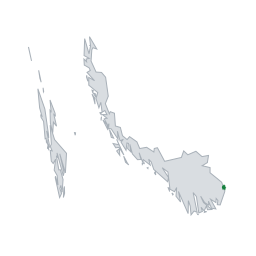 location of Mandal nor, Vest-Agder, Norway, rotated 259°
{"feature_id": "86288312B66644758166065", "entity_name": "Mandal nor", "entity_type": "district", "adm_level": 2, "iso_a3": "NOR", "parent_name": "Norway", "parent_adm1": "Vest-Agder", "projection": "equal_earth", "projection_center": [7.487, 58.066], "detail": "fine", "context": "in_parent", "style": "filled", "palette": "green", "viewbox_px": 256, "rotation_deg": 259, "n_neighbors": 0, "source": "geoboundaries", "source_scale": "gbopen_adm2", "svg_char_len": 4900}
<svg xmlns="http://www.w3.org/2000/svg" viewBox="0 0 256 256"><g transform="rotate(259 128 128)"><path d="M156.2,110.4L145.5,112.4L147.4,113.7L145.1,117.5L132.4,116.0L130.0,120.6L121.5,121.1L116.8,124.9L119.2,127.9L112.7,134.1L105.6,135.6L105.5,142.6L99.5,148.8L102.9,149.9L103.0,153.1L88.3,157.6L88.9,174.8L94.9,178.3L90.3,181.6L92.2,190.2L85.8,195.2L85.7,201.8L78.9,199.3L76.8,193.6L73.5,201.0L68.4,200.0L56.9,209.6L47.2,210.9L34.9,203.8L35.7,201.0L39.7,202.4L42.0,201.1L38.0,200.1L42.3,195.5L31.8,198.8L33.3,194.7L40.8,193.0L36.8,192.6L40.2,189.0L47.2,186.3L40.4,187.9L32.0,194.8L32.6,190.4L36.5,190.1L32.1,186.9L36.3,184.6L31.9,185.1L31.1,181.3L47.6,182.1L52.2,179.6L32.0,179.8L33.9,177.0L30.7,173.3L39.4,174.2L45.2,173.4L32.5,170.7L56.1,165.4L45.3,165.5L51.9,162.1L60.3,164.4L56.6,161.5L59.9,157.5L77.2,158.8L82.5,154.0L71.6,158.3L67.7,156.6L82.4,145.4L90.3,144.3L93.4,142.3L87.3,142.8L94.0,137.0L92.0,135.8L101.6,134.2L94.6,134.7L95.1,131.3L101.7,127.4L111.6,126.7L104.1,126.2L107.9,123.7L112.8,125.5L113.5,124.1L106.5,121.8L115.4,118.5L117.9,121.3L116.8,117.8L126.9,117.0L119.0,116.1L130.4,111.3L131.3,108.9L135.9,110.1L133.9,108.8L141.5,106.4L141.6,109.3L146.1,105.4L145.1,109.9L149.6,108.6L148.4,105.6L158.4,106.2L153.4,103.3L163.1,102.2L168.5,105.1L177.5,97.7L185.2,99.1L180.8,104.2L190.4,98.4L191.7,102.0L194.5,101.3L198.1,97.1L204.1,97.9L200.9,100.0L203.7,100.1L203.8,103.2L207.5,98.7L224.0,102.5L208.3,103.9L215.7,106.9L225.0,107.6L211.5,112.4L213.5,108.9L211.7,107.4L200.8,104.5L189.0,107.3L187.6,112.6L182.1,115.7L163.0,114.7L156.2,110.4ZM110.1,46.4L120.9,47.4L120.0,49.2L124.8,48.2L126.8,49.7L145.6,52.1L130.6,53.7L114.9,62.8L95.9,58.0L115.7,56.1L96.4,56.7L93.5,55.4L117.1,53.6L112.2,53.2L114.4,52.4L100.1,52.1L99.9,53.6L89.8,54.4L77.5,51.1L84.5,51.1L81.6,49.6L76.4,50.3L72.8,47.6L93.0,47.1L94.5,47.6L85.4,48.4L94.9,49.4L100.7,47.5L111.2,51.0L107.4,47.8L110.1,46.4ZM133.2,44.6L150.6,46.4L155.1,44.7L157.2,44.8L156.1,45.8L164.6,45.1L183.7,47.0L162.5,50.0L136.5,48.7L133.4,48.3L140.7,47.6L126.9,47.6L123.6,46.9L127.6,46.4L121.2,46.0L130.8,46.1L129.6,45.2L133.5,45.6L133.2,44.6ZM147.2,52.7L160.1,54.8L158.0,55.6L170.4,56.8L156.5,59.2L153.9,59.0L155.4,57.8L143.4,58.2L148.0,55.9L137.9,53.3L147.2,52.7ZM113.3,115.9L119.1,114.7L102.2,118.8L110.7,115.5L110.9,112.2L115.6,110.4L113.3,115.9ZM122.0,109.8L130.0,109.5L120.8,112.0L122.0,109.8ZM129.7,108.0L140.8,104.9L135.1,108.1L129.7,108.0ZM72.1,51.3L80.8,53.5L82.8,54.4L76.0,53.3L72.1,51.3ZM107.6,112.5L109.2,115.5L102.8,114.7L107.6,112.5ZM168.1,99.1L163.9,101.0L157.7,100.2L164.7,99.8L168.1,99.1ZM169.1,100.5L167.5,102.8L164.8,102.2L169.1,100.5ZM95.0,119.0L101.2,118.4L94.6,120.4L95.0,119.0ZM226.1,45.8L212.3,46.1L226.5,45.7L226.1,45.8ZM193.6,51.0L201.7,51.3L189.5,51.5L193.6,51.0ZM181.5,97.5L186.0,97.0L187.6,97.5L181.5,97.5ZM172.0,99.9L171.3,101.1L169.9,100.1L172.0,99.9ZM148.3,103.3L148.4,104.6L146.5,104.1L148.3,103.3ZM133.7,74.6L133.3,75.6L131.0,74.8L133.7,74.6ZM183.7,52.3L180.0,52.2L179.6,51.9L183.7,52.3ZM78.8,145.4L80.1,146.6L76.6,146.3L78.8,145.4ZM140.5,103.0L142.8,103.5L144.2,104.2L140.5,103.0ZM123.6,45.1L125.3,45.6L122.8,45.4L123.6,45.1ZM61.5,156.6L57.6,156.8L61.7,156.0L61.5,156.6ZM55.9,158.7L54.4,159.8L53.8,159.2L55.9,158.7ZM93.6,120.7L91.6,121.7L93.8,119.9L93.6,120.7ZM31.4,187.5L30.9,189.3L30.6,186.9L31.4,187.5ZM90.4,136.1L89.5,135.1L90.7,135.2L90.4,136.1ZM216.5,105.7L216.2,106.7L216.5,105.7ZM91.6,137.0L89.4,137.2L92.0,136.7L91.6,137.0ZM85.2,139.2L85.4,140.1L84.4,139.8L85.2,139.2ZM30.4,179.7L29.5,180.8L29.7,179.9L30.4,179.7Z" fill="#d9dde1" stroke="#a8b0b8" stroke-width="1"/><path d="M49.9,210.7L50.0,210.7L50.0,210.8L50.3,210.9L50.5,211.0L50.4,211.0L50.6,211.0L50.6,210.9L50.6,211.0L50.6,210.9L50.8,210.9L50.7,210.9L50.8,210.8L50.7,210.8L50.8,210.7L50.7,210.7L50.8,210.7L50.9,210.8L50.7,210.8L50.8,210.9L50.8,211.0L50.9,210.9L51.0,210.9L51.3,210.9L51.4,211.0L51.5,211.0L51.4,211.1L51.5,211.1L51.8,211.0L52.1,211.0L52.3,211.0L52.5,211.0L52.6,210.9L52.5,211.0L52.5,210.9L52.6,211.0L52.6,210.9L52.7,211.0L52.8,211.0L52.8,210.9L52.8,211.0L52.8,210.9L52.7,210.9L52.8,210.9L52.6,210.7L52.4,210.5L52.5,210.5L52.5,210.3L52.6,210.2L52.4,210.0L52.2,210.0L52.0,209.9L52.0,209.7L51.8,209.6L51.7,209.6L51.3,209.6L51.2,209.6L51.1,209.8L50.9,209.8L51.0,209.9L50.9,209.9L51.0,209.9L50.9,209.9L50.9,210.0L50.7,210.0L50.5,210.3L50.5,210.5L50.4,210.5L50.2,210.6L49.9,210.7ZM51.5,211.1L51.4,211.1L51.4,211.3L51.4,211.2L51.4,211.3L51.5,211.2L51.4,211.3L51.5,211.3L51.7,211.2L51.6,211.3L51.6,211.2L51.8,211.2L51.7,211.1L51.8,211.1L51.7,211.1L51.5,211.1ZM50.1,210.9L49.9,210.9L50.0,210.9L50.0,211.0L49.9,211.1L50.0,211.1L50.3,211.2L50.2,211.0L50.3,211.1L50.2,210.9L50.1,210.9ZM52.1,211.1L51.9,211.1L52.0,211.2L51.9,211.2L52.0,211.2L52.2,211.3L52.3,211.3L52.2,211.3L52.3,211.3L52.3,211.2L52.3,211.3L52.3,211.2L52.2,211.2L52.3,211.2L52.2,211.2L52.3,211.2L52.2,211.2L52.1,211.1Z" fill="#22c55e" stroke="#15803d" stroke-width="1.5"/></g></svg>